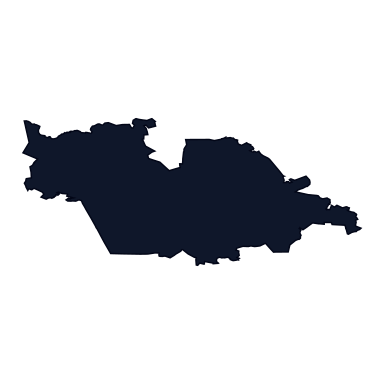 the district of Lielauces pag., Auces, Latvia
{"feature_id": "27541924B7578032784001", "entity_name": "Lielauces pag.", "entity_type": "district", "adm_level": 2, "iso_a3": "LVA", "parent_name": "Latvia", "parent_adm1": "Auces", "projection": "natural_earth1", "projection_center": [22.854, 56.526], "detail": "fine", "context": "isolated", "style": "filled", "palette": "ink", "viewbox_px": 384, "rotation_deg": 0, "n_neighbors": 0, "source": "geoboundaries", "source_scale": "gbopen_adm2", "svg_char_len": 5839}
<svg xmlns="http://www.w3.org/2000/svg" viewBox="0 0 384 384"><path d="M233.3,138.1L232.6,138.2L231.9,138.1L230.6,137.7L230.1,137.6L229.0,137.8L226.3,138.0L225.5,137.7L225.6,137.3L225.0,137.6L224.7,137.9L223.1,138.5L221.5,138.8L221.1,139.3L214.4,140.6L209.3,139.5L185.7,139.6L186.7,144.8L184.4,148.4L184.0,149.3L184.0,151.8L183.6,151.9L182.8,159.0L182.8,160.3L182.5,163.9L179.7,163.8L179.8,165.4L180.2,167.5L175.9,168.7L169.2,170.7L159.9,162.2L152.4,159.8L148.6,158.5L147.6,155.2L151.9,152.1L154.7,151.1L145.6,146.2L144.6,144.2L142.9,140.3L142.3,139.8L142.4,138.9L143.7,138.9L143.9,134.9L147.8,134.6L147.2,131.8L146.1,128.4L143.9,125.8L145.9,125.1L148.6,127.9L155.6,126.1L154.7,123.0L154.9,123.0L154.6,121.8L154.6,121.7L155.2,121.4L152.7,119.4L151.9,118.7L151.4,118.8L147.0,120.5L142.7,120.0L138.9,119.4L136.1,118.7L135.7,118.8L133.2,120.3L132.5,123.4L134.5,125.1L133.0,128.0L131.8,127.9L131.4,127.8L129.4,124.5L122.5,124.6L116.2,125.6L108.4,122.7L104.9,123.1L102.7,125.1L102.1,125.2L99.4,124.0L98.1,124.0L97.1,124.4L95.1,125.5L94.1,125.9L92.4,126.2L90.8,128.4L90.7,128.8L90.5,129.6L90.6,129.9L92.0,131.7L92.0,131.9L91.3,133.3L91.0,133.5L89.6,133.0L88.6,132.9L86.9,132.5L85.6,132.5L85.5,133.0L85.3,133.2L84.9,132.9L84.6,133.0L83.9,132.9L81.3,132.7L80.1,131.6L79.3,131.3L78.8,131.0L77.0,130.4L76.1,130.7L74.6,130.7L73.7,131.1L73.2,131.4L71.7,131.4L71.4,131.3L71.1,131.3L70.8,131.5L70.7,131.7L70.4,131.8L70.3,132.0L70.1,131.7L69.9,132.0L70.0,132.3L69.8,132.3L69.5,132.1L69.4,132.0L69.1,132.2L69.2,132.3L69.0,132.5L68.8,132.6L68.5,132.4L68.3,132.4L68.2,132.5L67.8,132.5L67.7,132.3L67.0,132.6L66.8,132.4L66.5,132.4L66.3,132.8L65.9,132.8L65.5,133.0L65.1,133.0L64.7,132.8L64.6,133.1L64.4,133.0L64.2,133.1L63.8,133.6L63.6,133.9L63.0,133.9L62.3,134.2L61.9,134.1L61.5,134.2L61.4,134.3L61.5,134.4L61.5,134.6L61.4,134.7L58.5,136.2L58.2,136.8L56.7,138.2L53.9,138.9L51.4,138.8L50.2,136.9L49.1,136.7L48.1,137.6L45.0,137.0L45.1,136.0L44.7,135.7L41.5,135.3L40.5,134.8L39.6,134.5L39.5,133.9L38.5,132.5L38.4,129.8L39.2,128.4L39.8,126.4L36.6,124.9L35.0,124.6L34.5,124.1L32.1,124.2L31.4,124.1L31.1,123.5L30.2,122.5L28.2,121.4L26.9,121.1L26.5,120.9L24.3,121.0L25.4,125.7L25.7,127.2L29.2,142.6L23.0,152.8L37.7,159.0L36.5,160.3L36.3,160.3L34.3,162.3L34.5,162.4L33.6,163.4L33.9,163.6L32.0,165.7L30.0,166.8L31.1,172.3L31.4,177.9L26.3,178.7L25.9,180.0L25.8,181.1L24.4,183.2L25.8,185.9L26.0,187.0L27.8,190.4L28.3,189.4L29.1,188.9L29.4,188.9L31.4,189.7L31.8,189.7L32.2,189.5L32.4,189.1L34.3,188.4L38.2,190.1L42.3,192.1L43.9,194.2L41.1,197.1L46.2,199.1L48.6,197.9L50.8,197.8L51.7,198.1L51.8,198.2L53.5,197.5L53.4,197.4L53.7,196.7L54.4,196.8L55.4,195.9L55.7,195.9L56.2,195.1L56.0,194.6L56.9,194.4L57.9,195.2L59.2,194.0L57.1,192.6L58.4,192.1L62.2,193.5L66.0,193.8L66.6,193.9L67.6,194.3L66.8,196.1L67.2,196.3L73.6,197.9L72.5,198.2L70.7,198.3L70.5,198.8L68.4,198.3L66.1,199.9L67.7,201.0L71.0,201.1L72.6,200.9L75.8,201.1L79.2,199.7L79.9,200.2L81.5,200.6L82.5,203.3L84.1,206.0L85.3,208.1L85.5,208.6L91.1,218.2L95.4,225.9L96.2,227.7L97.1,228.9L99.1,232.6L100.5,235.3L104.2,242.2L110.7,253.5L122.5,253.8L140.3,254.1L147.8,254.0L155.0,252.9L158.8,253.0L159.3,253.4L158.9,254.8L159.2,256.1L160.1,256.3L162.8,256.4L163.9,256.1L165.2,256.1L170.1,257.8L174.2,255.3L175.9,254.0L180.2,251.5L181.0,250.9L181.6,249.7L182.7,249.6L188.1,253.9L194.4,257.3L196.3,257.7L195.9,259.8L196.3,265.0L197.7,265.3L199.7,263.1L203.9,264.1L204.3,264.0L204.3,263.3L204.7,261.5L213.2,263.1L213.2,263.7L218.2,263.3L218.4,263.2L217.0,262.0L216.5,261.5L216.5,259.7L217.0,258.5L217.4,258.0L219.7,257.2L221.8,257.9L223.0,257.7L224.5,257.8L224.5,257.7L225.6,257.6L227.0,257.3L228.1,257.3L230.4,258.8L230.2,259.5L232.4,260.4L233.2,260.6L236.0,260.2L237.5,259.8L238.1,259.9L237.9,259.6L239.3,258.4L237.0,257.5L239.2,255.4L238.8,253.4L238.6,252.7L238.8,251.1L235.9,250.0L236.8,248.1L242.5,246.4L243.1,246.3L248.3,246.5L250.9,245.9L254.4,246.5L256.0,246.4L259.9,245.9L265.3,243.3L266.1,243.9L267.2,245.2L270.7,249.1L273.5,252.1L275.8,252.0L288.2,251.9L289.8,245.0L295.4,240.5L295.5,240.4L298.1,239.3L299.2,239.3L300.4,238.2L300.4,236.5L301.0,235.3L299.8,233.0L300.2,231.6L300.2,231.3L300.8,230.4L299.8,229.0L299.2,228.6L299.8,227.6L302.6,229.6L303.0,229.7L306.8,227.1L308.9,225.5L312.6,222.9L318.9,223.8L319.0,223.7L324.2,224.2L324.2,222.4L331.4,222.5L332.1,224.5L345.0,225.2L345.4,226.6L345.7,227.6L345.8,228.6L346.4,229.8L347.4,233.8L348.4,234.2L351.9,232.3L354.7,231.6L356.2,231.5L357.2,230.4L359.6,229.5L361.0,228.2L357.1,226.7L356.5,226.5L355.4,225.6L356.1,222.3L355.6,220.2L357.7,219.3L356.6,217.6L355.9,217.3L355.7,216.6L356.6,214.7L356.2,214.0L355.2,213.4L353.9,212.4L351.2,211.9L350.6,211.7L347.7,210.5L347.5,210.3L348.3,210.3L348.9,209.3L349.3,207.9L347.5,207.4L347.2,207.0L346.2,206.8L342.5,207.9L336.9,205.3L334.4,207.1L331.6,205.4L329.8,209.6L329.0,209.7L327.6,209.3L327.3,209.6L326.8,209.8L326.0,209.0L327.5,206.3L328.0,205.7L328.6,204.0L329.8,204.3L329.9,203.1L330.2,202.3L330.0,202.2L329.9,199.6L327.3,198.3L327.1,198.0L322.7,198.9L320.0,197.9L318.2,195.8L316.8,195.5L308.2,194.7L295.4,191.9L297.7,190.1L300.7,188.9L302.7,188.3L306.1,186.5L307.3,186.4L308.1,185.7L309.8,184.2L310.0,182.2L309.5,180.0L306.0,176.2L295.8,180.0L294.5,180.3L290.9,178.9L289.4,179.6L289.6,180.0L289.9,180.4L292.0,182.1L289.6,183.1L288.6,181.7L286.3,181.7L286.2,182.6L283.6,182.6L284.1,180.1L282.8,176.6L284.0,176.2L283.4,176.0L282.2,174.7L279.8,171.6L270.0,159.9L269.5,159.3L267.9,158.1L263.4,155.9L262.7,155.5L262.0,154.9L261.2,154.4L260.8,154.0L259.2,152.0L258.8,151.3L258.5,151.5L256.6,152.3L256.2,152.1L255.0,151.7L254.0,151.2L253.1,152.3L249.9,150.7L251.0,150.2L253.3,149.4L253.7,148.6L252.6,146.9L251.2,146.0L250.4,145.4L250.7,144.8L247.6,143.6L246.7,142.8L241.6,145.4L238.2,144.0L237.3,141.2L237.6,140.2L236.7,139.8L236.4,140.1L234.6,139.4L233.3,138.1Z" fill="#0f172a" stroke="#020617" stroke-width="1.5"/></svg>